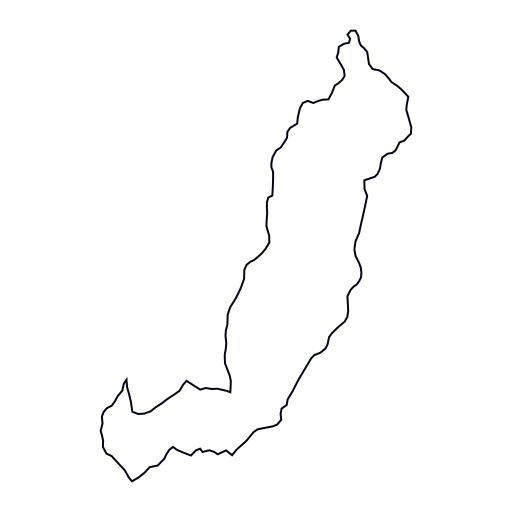 the district of Coroados, São Paulo, Brazil
{"feature_id": "56859067B91640420687906", "entity_name": "Coroados", "entity_type": "district", "adm_level": 2, "iso_a3": "BRA", "parent_name": "Brazil", "parent_adm1": "São Paulo", "projection": "robinson", "projection_center": [-50.316, -21.363], "detail": "fine", "context": "isolated", "style": "outline", "palette": "ink", "viewbox_px": 512, "rotation_deg": 0, "n_neighbors": 0, "source": "geoboundaries", "source_scale": "gbopen_adm2", "svg_char_len": 2675}
<svg xmlns="http://www.w3.org/2000/svg" viewBox="0 0 512 512"><path d="M102.9,446.9L106.4,453.6L111.6,456.0L119.2,464.3L124.7,470.2L129.0,477.8L132.0,481.3L138.0,477.8L144.1,473.1L149.7,467.2L157.7,465.5L160.7,462.4L164.4,458.6L166.3,454.5L169.3,449.8L173.1,446.9L176.5,449.6L183.5,452.7L191.0,455.5L196.2,450.1L200.2,448.7L202.5,452.0L209.3,450.3L214.2,451.9L217.7,454.3L226.1,450.4L232.1,455.2L236.4,449.8L246.4,440.8L253.6,432.1L257.4,429.4L261.6,428.5L272.6,426.4L277.0,424.7L281.2,419.8L280.6,413.6L281.6,408.6L286.7,405.0L287.6,399.4L292.7,391.1L295.3,385.9L298.2,380.2L311.2,358.3L314.3,355.1L320.4,352.7L325.7,348.2L327.6,344.2L329.1,337.1L331.7,333.5L337.8,327.4L344.6,321.7L347.3,317.0L348.2,311.2L347.9,304.8L347.4,296.3L350.6,289.9L353.4,286.8L356.7,284.5L359.1,281.2L361.0,277.4L361.4,273.0L360.8,267.7L359.1,263.0L355.5,255.8L354.4,249.4L355.5,241.4L359.1,233.1L360.5,226.4L363.7,212.5L367.2,196.0L364.5,189.0L364.3,180.3L374.7,176.8L377.6,173.9L379.9,168.8L380.9,163.0L382.3,157.5L387.6,153.7L392.4,152.9L395.7,150.2L399.5,142.5L404.5,140.4L407.9,136.6L410.9,133.7L411.3,127.4L408.4,117.0L406.3,109.9L406.7,105.1L408.3,96.8L401.4,89.4L396.9,85.6L391.4,82.0L388.9,78.6L385.0,74.1L379.1,70.3L372.7,69.1L369.0,64.1L367.2,52.0L363.9,48.1L360.8,45.4L359.1,41.4L358.3,36.0L355.5,30.7L350.8,30.7L347.5,34.6L350.1,38.8L348.9,42.8L343.9,43.8L338.8,46.9L338.3,52.3L336.7,57.5L339.9,62.8L343.9,69.9L344.6,76.0L342.1,80.0L338.3,83.3L334.8,85.6L331.9,93.0L328.4,99.4L322.8,99.7L318.4,100.9L313.3,103.0L307.7,100.9L302.8,103.0L299.9,108.4L297.8,117.4L297.2,123.6L293.8,125.7L290.1,127.9L287.4,131.9L287.0,137.8L284.2,142.3L280.7,147.5L276.3,150.4L272.6,157.2L271.4,163.0L271.4,167.4L273.1,171.7L273.1,178.5L272.8,187.6L272.3,195.6L268.3,197.5L266.9,202.3L266.9,208.2L267.2,213.2L266.7,219.8L266.4,225.7L267.9,231.4L269.2,235.6L269.3,242.6L265.6,248.8L261.7,253.4L258.1,256.7L254.0,260.1L250.3,261.8L246.6,264.8L244.3,270.0L244.1,278.8L241.0,287.5L238.2,293.5L235.7,298.4L233.3,302.3L230.2,307.2L227.7,314.6L227.4,324.7L225.9,330.2L225.5,335.6L226.3,343.6L225.7,349.6L224.8,354.1L224.8,359.1L225.1,363.6L227.1,368.8L229.6,375.2L230.8,380.7L230.7,385.4L230.3,392.2L226.5,390.8L221.8,389.7L217.3,388.7L211.8,389.0L205.8,388.0L200.2,389.6L195.1,386.4L190.5,383.4L186.5,380.8L183.0,384.9L179.5,390.8L174.4,394.4L169.5,397.6L166.2,399.9L162.0,403.2L155.8,407.2L150.5,411.4L144.2,413.6L138.2,414.0L132.3,411.7L131.5,406.0L130.8,401.4L128.9,393.5L127.1,387.2L126.5,379.7L123.8,383.7L122.4,390.5L117.7,396.1L115.2,400.8L111.9,405.6L106.8,408.2L103.6,412.1L101.9,416.5L102.5,423.5L100.7,430.9L102.1,436.0L103.1,440.6L102.9,446.9Z" fill="none" stroke="#020617" stroke-width="2"/></svg>